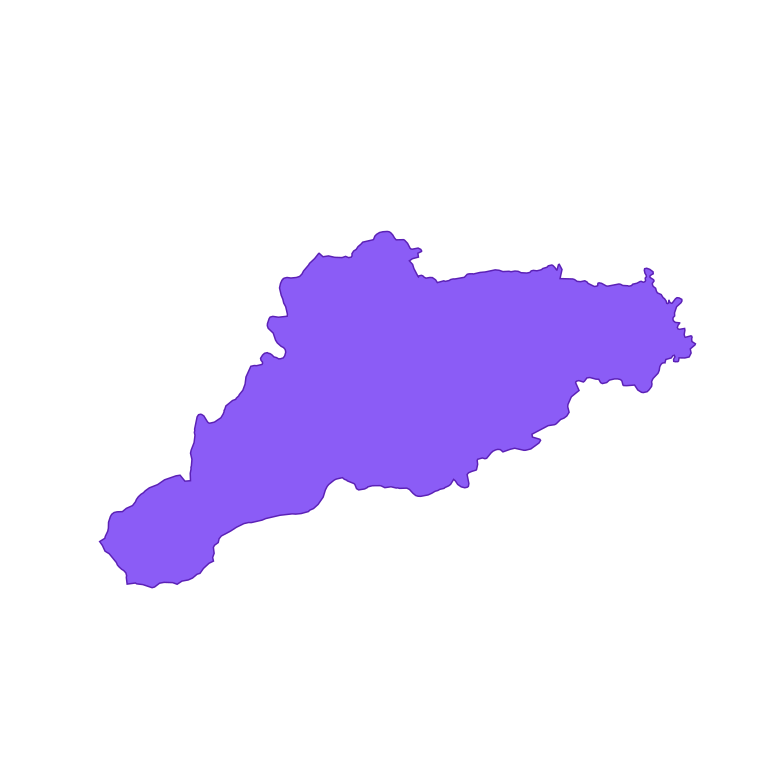 the district of Orotina, Alajuela, Costa Rica, rotated 167°
{"feature_id": "36466004B51019647816434", "entity_name": "Orotina", "entity_type": "district", "adm_level": 2, "iso_a3": "CRI", "parent_name": "Costa Rica", "parent_adm1": "Alajuela", "projection": "orthographic", "projection_center": [-84.58, 9.893], "detail": "fine", "context": "isolated", "style": "filled", "palette": "violet", "viewbox_px": 768, "rotation_deg": 167, "n_neighbors": 0, "source": "geoboundaries", "source_scale": "gbopen_adm2", "svg_char_len": 6091}
<svg xmlns="http://www.w3.org/2000/svg" viewBox="0 0 768 768"><g transform="rotate(167 384 384)"><path d="M679.3,246.8L671.0,246.0L669.9,244.9L664.1,242.8L655.8,237.7L653.2,237.8L647.5,240.4L642.9,240.2L634.6,238.0L630.6,235.4L625.2,237.4L618.8,237.1L614.2,238.0L608.9,240.7L605.9,240.9L601.4,244.9L594.8,248.7L590.0,249.8L590.0,253.5L587.6,257.2L587.0,263.2L585.4,265.0L581.2,266.8L579.5,270.3L576.7,272.5L566.3,275.3L560.0,277.6L551.9,279.5L547.1,279.5L544.5,278.8L533.4,278.8L529.4,279.5L514.8,279.5L502.6,278.1L499.3,277.1L493.9,276.4L486.4,276.7L484.6,277.8L480.7,278.5L475.3,281.5L468.7,287.5L465.0,293.9L462.4,297.0L460.5,298.5L456.2,300.6L453.8,301.7L451.8,302.1L445.6,302.1L444.1,300.1L441.9,298.6L441.6,297.9L435.6,293.7L435.0,292.7L434.3,288.2L432.5,286.5L426.4,286.1L423.4,286.9L422.9,287.4L418.1,287.5L410.9,285.9L409.7,285.4L406.5,282.8L400.3,282.3L395.5,279.9L394.2,279.8L392.3,278.8L385.2,277.4L382.9,275.5L380.3,270.9L378.2,268.2L376.1,267.0L373.6,266.3L366.0,266.0L362.0,266.8L358.3,268.0L355.5,268.1L353.2,268.8L349.0,268.8L347.9,269.4L343.9,270.2L341.7,271.2L337.6,275.4L336.3,273.6L334.8,269.6L331.9,266.4L328.6,264.7L326.0,264.7L324.8,265.3L323.7,267.9L323.4,277.1L321.5,278.5L318.0,279.1L313.6,279.4L313.1,279.8L310.8,284.7L310.4,288.6L309.6,289.6L304.8,289.8L302.5,288.5L300.7,288.5L295.3,292.7L293.0,294.0L290.0,294.7L287.8,294.7L285.4,293.9L283.4,291.1L275.5,292.0L271.1,292.0L262.5,287.9L260.8,287.6L255.5,287.7L246.2,291.7L244.1,293.9L244.6,295.1L251.3,298.9L251.1,301.8L233.4,306.5L226.8,306.0L225.1,306.5L219.9,309.7L216.2,310.3L213.1,311.7L210.0,314.8L210.1,320.5L209.4,322.6L204.8,328.8L204.1,329.5L195.4,333.8L197.0,342.1L196.4,343.1L195.2,343.5L193.4,343.5L189.3,341.1L188.1,341.6L184.9,344.3L181.9,344.0L176.5,341.1L173.7,340.3L172.6,336.6L171.1,335.3L166.7,335.3L163.5,337.1L158.2,337.1L155.2,336.4L152.9,335.3L151.9,334.2L151.5,333.3L151.4,329.3L150.9,328.6L148.0,327.8L140.1,326.6L138.1,321.1L135.0,318.0L133.3,317.3L129.3,317.3L127.0,318.7L123.8,321.5L122.9,323.7L122.8,325.9L121.9,327.3L120.5,328.9L114.6,332.8L112.8,335.3L111.4,338.8L109.7,340.8L108.2,341.7L106.0,341.7L105.5,341.4L103.9,344.5L98.2,344.8L96.2,346.6L94.7,346.7L94.4,345.0L96.3,342.9L96.6,340.9L95.2,340.2L92.7,339.7L91.9,340.1L90.6,343.1L85.0,341.7L80.6,341.7L77.8,345.1L77.7,349.3L72.2,352.1L71.5,353.1L74.4,356.1L74.1,358.7L73.3,360.3L73.5,361.5L74.2,361.9L80.0,361.7L80.3,362.4L80.4,364.6L78.7,368.8L78.6,370.5L83.8,370.8L85.1,371.5L85.5,373.1L84.1,375.3L82.4,376.5L82.2,377.1L86.3,378.5L87.8,380.5L87.9,382.3L87.2,383.8L85.5,384.9L84.9,388.0L81.5,393.5L76.3,396.4L75.0,397.9L74.8,399.5L77.1,401.5L79.1,402.2L80.8,401.5L85.0,398.0L85.8,398.0L87.1,399.1L87.5,401.9L88.6,398.8L89.8,398.6L90.4,399.1L90.4,401.3L91.5,404.1L92.6,405.3L93.8,408.8L97.1,411.3L97.7,413.2L97.8,416.2L99.7,418.5L100.1,420.1L99.9,421.7L97.8,423.5L97.7,424.2L97.9,425.0L100.8,428.0L100.7,429.3L98.9,430.3L96.9,430.8L96.6,432.8L99.2,435.9L102.0,437.7L104.1,437.7L104.8,436.2L104.8,433.1L104.1,431.2L104.2,429.5L105.7,428.4L105.9,425.8L106.8,425.0L108.5,424.8L110.3,426.2L111.6,426.2L114.8,425.3L119.2,425.3L120.7,424.2L123.4,424.2L124.4,424.9L129.2,426.3L131.0,427.9L132.6,428.6L143.9,429.0L145.3,429.5L149.3,433.1L151.7,434.2L152.9,434.0L153.7,431.8L155.0,431.5L157.1,431.7L162.5,436.1L163.2,437.7L165.1,439.4L169.5,439.5L171.6,440.2L172.8,440.6L174.8,442.9L176.5,443.9L188.8,447.1L184.8,455.5L186.3,461.2L187.1,461.1L189.8,456.2L190.2,456.3L191.3,459.1L192.8,461.5L193.7,462.2L197.3,462.2L199.0,461.1L203.4,460.8L204.4,460.2L205.6,459.9L209.6,459.9L212.9,461.1L215.1,461.1L216.8,459.9L219.9,460.0L225.4,461.6L227.9,463.6L231.0,464.6L235.0,464.8L236.8,465.7L242.9,466.8L246.2,468.9L250.0,470.2L260.2,470.4L265.3,471.1L272.4,471.1L273.0,471.5L276.4,472.2L278.2,472.2L281.7,469.9L291.4,470.4L292.9,470.8L295.6,470.8L297.2,470.2L301.2,470.2L302.5,471.1L309.2,470.8L310.3,473.9L312.9,476.8L315.4,477.5L319.3,477.7L320.8,479.0L321.9,480.7L323.2,481.5L325.8,481.5L326.3,480.6L326.6,481.0L328.9,489.8L329.2,494.1L331.6,498.3L328.1,499.7L321.9,499.9L321.6,503.8L317.6,504.7L317.4,505.3L317.9,506.9L320.2,508.8L326.3,509.0L327.4,509.6L328.0,510.3L329.4,515.8L331.4,519.2L332.3,520.2L339.7,521.7L340.9,523.9L342.0,527.4L343.5,530.0L344.8,531.2L346.5,531.9L350.8,532.6L354.3,532.6L357.6,531.5L359.7,530.1L361.5,527.4L362.3,527.0L372.8,527.0L374.9,525.5L378.4,523.7L380.8,521.4L383.7,520.4L385.9,518.2L386.3,516.1L387.4,515.0L390.1,515.1L392.7,517.0L396.4,516.6L403.5,518.5L409.3,521.3L414.8,521.7L417.7,525.9L418.3,525.9L423.4,521.8L429.4,518.3L430.7,516.9L437.0,512.2L439.2,509.6L442.0,507.8L445.4,507.5L450.9,508.2L454.5,509.6L457.3,509.6L458.6,509.3L458.8,508.7L460.0,508.2L462.2,505.3L464.2,501.1L464.2,493.5L463.5,489.5L463.5,485.4L462.4,481.4L462.4,473.7L463.1,471.8L471.8,472.8L477.1,474.9L479.9,474.8L481.2,473.6L484.0,469.0L484.6,467.0L484.3,464.3L480.5,458.5L479.8,451.1L478.7,448.0L475.8,443.9L473.7,442.1L472.5,439.8L472.6,437.1L474.4,433.8L476.3,432.1L479.0,431.9L481.0,432.2L482.8,433.9L485.1,435.1L486.8,437.8L488.5,439.5L489.1,439.5L490.7,440.8L493.5,440.8L495.8,439.5L498.5,436.8L498.5,434.7L497.5,432.8L497.7,431.4L498.5,430.5L504.0,430.5L506.3,431.2L509.8,431.2L516.9,421.9L519.4,415.1L523.0,409.6L527.4,406.2L528.2,405.1L531.1,403.4L532.0,402.4L535.3,402.0L543.0,398.2L545.1,394.7L545.7,394.4L546.0,393.1L547.5,390.9L550.5,387.8L557.8,385.0L562.7,385.0L563.8,385.7L564.5,386.8L566.7,393.4L568.5,395.3L569.5,395.8L571.6,395.8L573.5,394.0L578.7,382.6L578.8,381.3L579.7,379.4L579.7,376.6L582.2,369.7L586.8,362.9L588.1,360.1L588.1,353.8L590.1,347.5L590.8,346.4L591.2,344.4L592.9,340.6L594.3,333.3L599.8,334.1L603.2,341.0L607.4,341.3L619.4,340.0L627.2,336.9L636.0,335.6L640.7,333.6L642.8,332.2L645.6,331.2L648.7,329.4L651.2,327.2L652.7,325.1L656.4,322.1L663.0,320.8L667.6,318.5L672.8,319.5L675.9,319.5L678.6,318.3L680.4,316.4L683.5,311.3L685.0,305.5L686.3,302.7L689.8,298.3L690.8,296.4L696.5,294.5L694.7,290.0L693.4,283.8L689.9,280.4L684.9,270.2L684.5,267.7L683.5,265.7L681.4,262.6L679.5,260.7L678.0,258.0L677.9,255.2L678.6,253.5L679.3,246.8Z" fill="#8b5cf6" stroke="#5b21b6" stroke-width="1.5"/></g></svg>